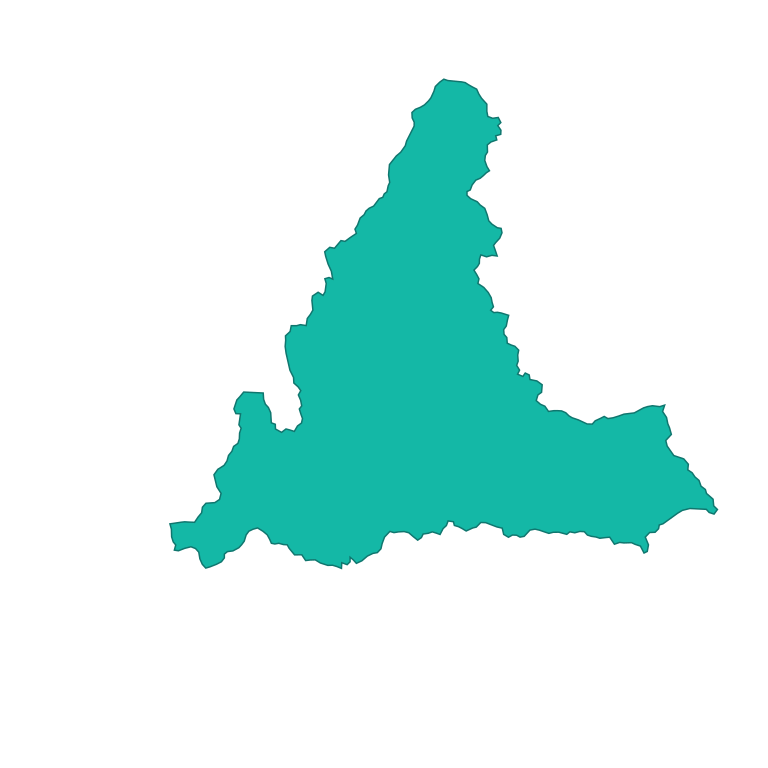 Doutor Ulysses, Paraná, Brazil (Robinson projection), rotated 337°
{"feature_id": "56859067B94205410976610", "entity_name": "Doutor Ulysses", "entity_type": "district", "adm_level": 2, "iso_a3": "BRA", "parent_name": "Brazil", "parent_adm1": "Paraná", "projection": "robinson", "projection_center": [-49.391, -24.607], "detail": "fine", "context": "isolated", "style": "filled", "palette": "teal", "viewbox_px": 768, "rotation_deg": 337, "n_neighbors": 0, "source": "geoboundaries", "source_scale": "gbopen_adm2", "svg_char_len": 4851}
<svg xmlns="http://www.w3.org/2000/svg" viewBox="0 0 768 768"><g transform="rotate(337 384 384)"><path d="M584.5,148.8L581.5,145.2L578.6,141.4L576.5,138.3L573.6,136.3L561.3,129.6L558.2,126.8L553.3,127.9L547.5,130.2L544.4,134.0L539.0,138.9L535.6,140.8L530.3,142.9L525.6,143.5L520.2,143.4L515.8,145.0L513.9,150.1L514.1,154.8L512.5,158.4L499.7,169.2L496.7,173.0L489.9,177.2L484.4,178.9L474.8,184.1L469.9,193.3L468.0,200.7L465.3,203.2L461.8,208.2L458.5,209.1L455.8,211.7L452.1,211.5L444.0,216.2L439.1,216.4L435.2,217.6L431.8,220.4L426.9,221.9L421.7,227.4L417.8,230.1L417.4,234.6L410.1,236.0L403.9,237.5L400.4,235.2L391.5,239.7L387.5,237.0L381.1,239.1L380.2,243.7L379.4,251.8L379.6,259.6L377.8,267.4L375.0,264.5L370.7,264.0L370.1,268.9L365.8,276.1L362.5,278.6L359.2,273.8L352.5,275.1L350.3,278.9L347.4,288.2L343.4,291.2L339.0,293.7L335.2,299.8L330.2,296.7L326.4,296.2L321.4,294.1L318.1,299.0L312.1,301.2L310.6,305.3L307.7,310.8L305.9,317.4L302.8,334.6L303.3,342.6L301.4,347.9L303.8,353.0L304.8,357.6L300.9,360.6L300.9,366.5L299.7,372.0L296.3,373.9L295.7,379.7L295.5,383.9L292.8,387.7L288.0,388.8L282.9,392.6L279.2,389.4L276.2,387.1L270.8,388.5L266.5,383.0L268.2,378.6L265.1,375.7L268.5,366.1L268.4,360.4L266.9,356.2L267.2,351.1L269.3,345.1L251.7,336.6L246.3,339.4L242.3,341.2L236.1,348.3L236.1,353.4L240.3,355.4L234.5,364.9L235.2,368.9L231.9,372.7L229.4,378.0L226.3,381.6L221.2,382.7L217.7,386.5L213.0,389.0L209.4,393.5L205.0,396.4L197.7,397.6L192.0,401.1L190.0,413.3L191.3,421.0L187.5,426.0L181.9,427.1L173.5,424.2L168.7,426.5L165.8,431.3L161.1,433.7L155.6,437.3L150.7,435.0L146.7,433.0L143.4,432.0L132.3,429.1L131.6,434.5L128.8,441.7L128.3,447.0L129.4,450.8L126.1,455.0L129.6,457.2L136.3,457.4L142.7,458.4L146.2,461.8L147.8,466.4L146.2,473.0L146.3,479.0L148.0,483.8L152.2,484.3L159.4,484.5L164.9,484.1L169.1,481.7L170.6,478.2L174.4,477.1L179.7,478.6L186.4,478.0L190.2,476.3L193.9,474.1L198.1,469.1L202.1,466.7L206.8,466.5L211.4,467.1L215.0,472.2L217.6,477.2L218.1,482.6L218.1,486.6L221.0,488.6L224.9,489.5L228.7,492.5L232.1,494.2L232.5,498.2L234.9,506.3L241.6,509.1L242.9,515.9L247.1,517.1L252.0,519.0L255.5,523.9L261.4,529.0L265.8,530.7L269.3,533.6L272.8,537.1L275.3,532.0L279.5,535.9L283.3,534.4L285.1,530.2L287.0,533.9L288.5,538.3L294.6,538.1L301.5,535.9L307.6,535.6L312.0,536.6L316.8,534.5L319.9,530.2L324.7,525.1L331.8,522.0L335.1,524.7L339.6,525.8L344.9,527.7L348.7,530.6L351.3,535.9L354.0,540.9L358.4,540.0L361.4,537.4L366.4,538.7L370.7,539.0L374.1,541.9L376.8,544.4L381.9,540.2L386.1,538.7L389.5,535.1L394.1,537.9L393.5,541.7L396.8,544.4L399.3,547.4L402.2,551.4L409.5,551.2L413.0,551.8L419.0,549.3L423.5,551.4L427.0,554.8L432.1,559.7L436.5,562.9L435.4,569.2L438.7,573.7L443.2,573.2L447.0,575.0L449.4,578.1L453.5,579.0L461.3,575.5L466.3,576.6L470.0,579.3L474.3,583.2L477.4,585.9L481.8,586.6L487.0,588.7L493.5,593.8L497.3,592.7L501.5,595.5L506.6,596.2L510.7,598.2L512.2,602.5L515.3,605.2L519.4,607.7L522.4,610.3L527.5,611.8L531.9,613.2L533.5,621.5L539.0,621.9L542.7,624.0L549.9,626.8L552.4,629.6L556.7,633.4L557.3,641.2L560.9,641.0L564.6,635.4L564.7,627.0L570.5,624.5L575.6,626.4L580.2,624.5L582.3,621.3L586.2,621.7L603.7,617.7L609.3,616.9L616.9,618.1L631.7,625.3L633.1,629.3L637.0,632.7L641.9,629.8L639.9,625.0L641.9,618.6L638.1,610.8L638.6,606.7L635.9,601.9L636.3,595.9L633.9,591.0L633.0,586.2L630.1,581.7L632.8,576.8L630.7,570.1L622.8,563.1L620.4,551.8L621.3,546.1L628.8,542.7L629.7,535.9L629.7,531.5L631.0,525.2L629.7,518.2L634.1,513.1L629.0,512.6L622.6,508.9L617.9,507.8L613.6,507.4L609.3,507.8L603.1,508.4L593.1,505.5L587.5,505.2L581.6,504.6L576.6,503.3L574.0,499.9L570.2,500.2L564.0,500.4L560.1,502.3L555.4,500.2L548.9,493.0L544.0,488.6L541.8,485.6L540.1,481.5L537.0,478.2L533.2,476.3L529.8,474.9L524.7,473.5L523.4,467.3L520.1,463.8L517.6,458.8L521.4,454.2L525.8,453.2L529.3,446.5L525.9,440.9L520.1,436.9L521.2,432.4L518.3,429.1L514.8,431.3L510.8,427.2L514.2,424.2L513.4,418.7L516.4,415.4L518.4,409.6L521.2,405.5L519.2,400.4L516.4,397.9L513.4,394.6L515.2,389.2L513.9,385.2L515.4,380.7L519.2,378.4L522.8,373.1L525.6,369.5L519.6,364.4L516.4,362.3L513.0,361.2L511.0,357.8L514.9,355.7L515.4,351.1L516.4,346.4L515.7,340.5L513.6,334.1L509.7,328.2L512.5,324.3L512.1,319.5L511.3,314.3L515.9,312.4L518.9,310.2L520.7,306.3L523.6,303.0L528.1,307.0L533.6,307.7L538.2,310.4L538.7,304.0L539.0,299.2L542.0,297.5L547.5,295.0L551.7,290.9L552.6,286.5L549.3,284.4L545.8,279.0L544.2,274.7L545.1,268.5L545.4,261.7L542.4,256.7L541.1,252.8L536.2,247.3L534.1,242.8L535.6,239.3L539.2,239.1L542.9,235.2L548.2,232.2L552.9,232.2L556.9,231.0L560.9,229.5L564.4,228.9L563.7,224.2L564.1,217.6L566.6,213.2L569.9,210.9L572.5,204.3L577.0,203.0L583.2,203.4L583.8,199.2L589.0,199.8L590.8,196.1L589.7,190.6L593.7,189.0L593.3,183.3L587.9,181.9L584.1,178.3L585.2,173.2L588.0,166.6L585.4,159.0L584.6,154.1L584.5,148.8Z" fill="#14b8a6" stroke="#0f766e" stroke-width="1.5"/></g></svg>